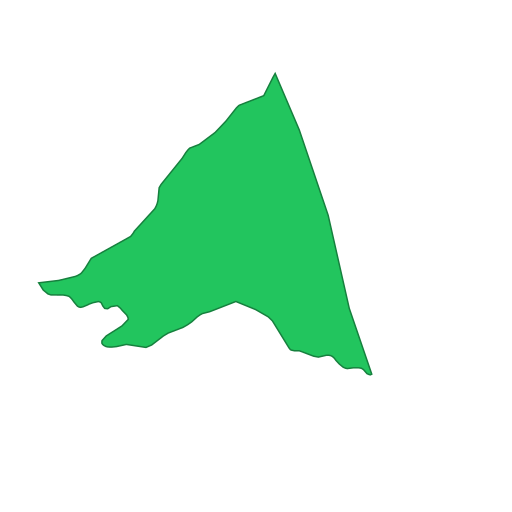 SVG path tracing the border of Retalhuleu, rotated 215°
{"feature_id": "GTM-1946", "entity_name": "Retalhuleu", "entity_type": "Department", "adm_level": 1, "iso_a3": "GTM", "parent_name": "Guatemala", "parent_adm1": "", "projection": "orthographic", "projection_center": [-91.761, 14.429], "detail": "fine", "context": "isolated", "style": "filled", "palette": "green", "viewbox_px": 512, "rotation_deg": 215, "n_neighbors": 0, "source": "natural_earth", "source_scale": "10m", "svg_char_len": 1598}
<svg xmlns="http://www.w3.org/2000/svg" viewBox="0 0 512 512"><g transform="rotate(215 256 256)"><path d="M345.0,416.5L292.9,384.1L220.2,330.7L149.6,266.6L93.4,225.6L94.2,224.2L95.6,223.7L97.6,223.3L102.8,224.6L105.3,224.5L107.8,223.3L112.2,220.2L116.7,216.1L118.4,215.4L120.8,214.9L125.8,215.3L130.5,216.3L133.2,217.2L134.6,217.4L136.1,217.5L137.5,217.3L139.4,216.5L141.3,215.2L146.9,209.0L151.3,207.0L166.2,203.2L170.2,200.4L172.8,199.3L174.0,199.0L176.1,199.6L205.4,212.3L211.0,213.2L225.6,211.9L246.4,207.2L262.0,183.8L266.9,178.1L268.0,175.9L269.2,172.6L270.9,165.2L272.6,160.5L274.8,155.8L283.8,142.4L286.0,137.4L290.4,123.3L293.7,118.0L311.5,109.2L318.3,101.8L322.0,98.6L324.1,97.2L325.5,96.4L327.0,95.8L329.1,95.5L330.8,95.6L332.1,96.1L333.0,97.3L333.6,98.4L332.8,104.7L325.7,121.8L324.3,130.8L325.6,132.2L328.1,133.5L334.3,134.7L337.2,135.5L341.1,135.8L345.8,131.3L347.2,127.8L348.3,127.1L349.9,126.3L352.8,127.2L355.9,128.9L357.3,128.9L359.0,128.3L362.8,124.2L365.3,120.6L365.8,119.5L368.6,115.1L370.3,113.3L371.7,112.7L373.5,112.5L378.7,113.9L381.8,115.0L384.5,115.6L386.1,115.7L388.5,114.9L391.5,113.5L401.7,106.5L404.7,105.6L410.8,106.1L418.6,109.4L403.6,122.8L392.3,135.6L391.0,137.6L389.5,140.8L389.2,142.2L388.9,148.0L389.3,154.6L389.6,159.6L369.9,200.1L369.7,203.3L369.7,205.0L369.9,206.5L366.0,236.7L366.4,239.8L367.1,242.5L368.1,245.1L374.5,256.4L374.8,260.2L372.5,293.7L372.8,300.6L372.6,303.9L372.2,306.3L366.5,314.8L360.3,333.8L358.0,349.2L357.0,366.1L356.4,369.3L355.8,370.5L341.6,391.8L344.6,412.3L345.0,416.5Z" fill="#22c55e" stroke="#15803d" stroke-width="1.5"/></g></svg>